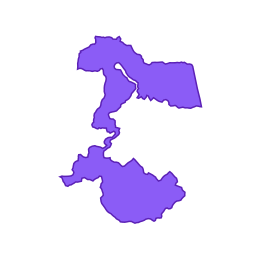 Iúna, Espírito Santo, Brazil (Mercator projection), rotated 76°
{"feature_id": "56859067B16281611265313", "entity_name": "Iúna", "entity_type": "district", "adm_level": 2, "iso_a3": "BRA", "parent_name": "Brazil", "parent_adm1": "Espírito Santo", "projection": "mercator", "projection_center": [-41.662, -20.355], "detail": "fine", "context": "isolated", "style": "filled", "palette": "violet", "viewbox_px": 256, "rotation_deg": 76, "n_neighbors": 0, "source": "geoboundaries", "source_scale": "gbopen_adm2", "svg_char_len": 5684}
<svg xmlns="http://www.w3.org/2000/svg" viewBox="0 0 256 256"><g transform="rotate(76 128 128)"><path d="M58.7,162.7L58.4,160.8L58.9,159.0L60.1,157.4L61.3,156.3L62.3,155.0L62.7,153.2L63.3,151.1L64.4,149.0L64.5,146.2L65.6,143.9L65.2,141.9L64.0,140.5L64.1,138.5L65.9,138.0L67.4,138.3L69.8,138.6L71.2,138.1L72.6,137.1L74.9,137.2L77.2,138.2L79.0,139.4L81.3,140.6L83.6,141.4L85.4,141.8L86.7,142.2L88.2,142.2L90.3,142.1L91.7,143.0L93.1,144.0L94.3,146.1L96.6,147.8L99.1,148.8L100.7,149.8L101.6,151.3L102.2,152.9L103.4,154.4L104.6,155.4L105.9,157.1L107.9,158.0L109.8,158.2L111.1,159.1L112.5,159.6L114.1,159.9L114.8,161.3L116.2,162.3L118.4,162.0L119.4,160.3L120.8,158.8L121.6,157.4L120.8,156.0L121.9,154.4L121.6,153.0L122.3,151.2L122.9,149.0L124.4,149.2L126.6,149.0L127.3,147.4L128.7,146.6L128.2,144.7L127.7,142.5L129.0,141.5L130.7,141.8L132.3,144.2L133.3,145.6L132.7,147.5L132.5,149.6L133.4,152.5L135.4,154.3L136.8,154.6L138.2,154.0L139.6,152.8L141.0,154.9L141.7,157.4L139.9,159.4L139.0,161.2L138.2,163.0L137.2,164.4L137.0,167.1L137.6,169.9L139.0,171.4L140.8,171.7L142.6,171.9L144.2,173.1L146.4,174.0L146.5,176.1L145.3,178.3L143.6,179.6L142.3,180.4L142.0,182.3L143.3,183.0L144.6,183.2L146.1,183.8L147.6,184.3L147.7,186.0L148.1,187.4L149.3,189.1L151.5,190.2L153.4,191.0L155.0,192.3L156.5,191.5L158.1,191.3L160.0,192.6L160.7,194.6L160.5,196.9L160.0,199.4L159.4,202.0L158.7,203.7L158.9,205.7L160.2,204.2L162.3,203.9L164.3,203.8L165.6,203.1L166.9,202.8L168.8,202.5L170.0,200.4L169.2,198.7L169.4,196.9L168.9,195.5L168.5,193.8L167.7,191.9L168.3,189.9L168.3,188.0L168.4,186.1L166.9,185.5L165.6,184.9L165.6,182.2L167.0,180.8L168.2,179.7L168.8,177.4L169.9,176.1L170.9,174.8L170.0,173.4L169.3,171.5L168.9,168.9L167.8,167.4L168.6,165.5L170.8,165.5L172.8,165.5L174.4,165.8L175.7,167.6L177.6,168.4L178.9,169.3L180.3,168.5L181.7,168.3L183.4,168.2L185.3,168.0L187.3,168.3L188.3,169.8L189.3,171.5L191.0,171.7L192.9,171.9L194.9,171.7L197.6,170.6L199.6,169.8L202.0,169.0L203.5,168.4L205.2,167.3L207.1,165.2L208.8,164.2L210.1,163.3L211.5,162.1L213.3,161.2L214.3,160.1L215.6,158.7L217.2,158.1L217.9,156.3L218.6,153.9L218.8,151.7L218.9,149.4L219.5,147.3L220.7,145.9L222.0,144.3L221.9,142.5L222.2,140.7L221.8,138.9L221.7,136.4L221.4,134.4L220.8,132.9L220.8,130.3L221.7,128.1L223.5,126.6L224.7,125.3L224.3,123.8L222.4,122.7L222.4,120.7L223.0,119.2L223.2,117.5L221.8,116.6L219.6,116.4L218.6,115.2L217.7,113.8L216.6,112.7L215.1,111.1L215.1,109.3L216.2,108.3L216.5,106.7L215.9,104.8L214.5,104.0L213.2,102.8L212.0,101.2L211.2,99.9L210.7,98.3L210.9,96.1L210.8,94.2L209.6,92.9L208.5,91.2L207.5,89.3L206.2,89.0L204.1,88.3L202.6,89.5L201.1,90.3L198.7,90.4L197.7,91.9L196.4,93.8L194.9,95.9L193.2,94.9L192.2,93.1L190.5,93.0L188.5,93.1L186.6,94.5L184.4,95.6L182.7,96.4L180.5,98.0L181.2,99.5L182.3,101.1L182.9,103.5L183.7,105.3L185.0,107.0L186.6,108.8L186.8,111.3L185.2,112.1L183.9,112.8L182.4,113.1L181.2,114.2L179.6,115.5L177.7,117.6L176.5,119.0L177.7,120.2L177.0,122.1L175.2,123.6L173.2,123.4L171.6,123.3L169.7,123.6L168.1,125.1L166.1,126.2L164.0,127.2L162.3,128.1L160.5,129.0L158.9,130.1L160.4,132.2L161.2,134.4L161.7,136.2L162.8,138.3L164.1,140.6L164.0,142.8L162.4,144.0L160.6,144.9L159.3,145.8L158.3,147.7L157.9,149.5L157.0,150.6L155.6,152.1L154.1,152.8L152.5,152.6L152.4,154.6L151.9,156.5L151.0,158.4L149.0,158.5L147.6,158.2L146.0,157.8L144.5,156.9L143.8,155.0L142.6,152.6L142.3,150.5L140.8,149.0L139.1,147.9L137.2,149.0L135.5,147.9L135.0,146.0L134.6,143.9L134.0,142.3L133.2,140.9L132.6,139.5L131.8,138.3L130.5,137.4L128.2,137.5L126.4,136.2L125.3,138.1L124.3,139.9L122.7,139.6L121.2,139.7L119.8,139.2L117.8,138.8L115.7,140.2L115.3,141.9L114.5,143.3L111.7,143.8L109.9,143.7L108.7,142.3L108.6,140.8L108.6,139.1L108.7,137.4L108.6,135.0L107.1,132.6L105.7,130.1L103.6,129.3L103.0,128.0L102.7,126.3L102.4,124.6L100.9,123.7L100.5,121.9L99.8,120.2L98.8,118.9L97.3,117.3L95.5,116.3L94.3,114.5L93.1,112.9L91.6,110.9L89.6,110.8L87.7,110.1L86.3,111.2L85.4,112.4L84.2,113.8L83.1,115.6L80.8,116.7L78.9,117.0L78.0,118.1L76.6,119.0L74.9,120.0L71.8,120.7L69.8,121.2L69.0,123.3L68.3,125.4L66.7,126.6L64.7,126.5L63.1,125.3L62.1,123.4L62.3,121.2L63.7,120.2L65.2,119.4L67.0,118.6L68.9,117.9L70.2,117.3L71.8,116.6L74.0,116.5L75.3,116.0L77.3,115.3L79.1,114.1L80.5,112.8L82.6,111.1L83.8,109.2L85.3,108.4L86.6,107.3L88.4,107.9L90.4,108.7L92.2,108.2L93.4,109.6L94.7,110.3L96.3,109.7L98.1,109.1L99.5,110.4L100.8,111.9L101.7,110.7L101.4,109.2L100.8,107.5L103.0,106.6L104.1,105.2L102.6,103.0L100.9,101.8L101.9,100.6L104.1,100.2L106.8,99.3L106.0,97.8L104.8,95.9L106.7,94.2L108.4,92.8L109.7,91.3L111.1,88.7L109.6,86.7L109.6,84.3L111.3,82.6L113.2,82.2L115.1,82.6L117.0,81.2L117.4,78.9L117.5,76.8L118.5,75.7L120.0,74.8L121.0,73.7L121.0,71.6L121.1,69.7L122.3,67.7L122.7,65.7L123.4,64.1L124.0,62.3L123.6,60.1L123.5,58.4L123.1,56.4L123.9,54.4L124.7,53.0L125.2,51.6L117.4,51.2L106.8,51.2L83.8,50.3L81.9,50.9L80.8,52.7L80.4,55.0L77.9,57.4L77.9,58.9L77.0,60.2L77.1,62.4L76.3,64.4L76.1,66.5L75.4,69.5L74.8,71.7L75.0,73.9L75.0,76.2L73.7,77.5L72.4,78.5L72.0,80.3L71.7,82.4L71.4,83.9L70.7,86.4L70.3,88.8L71.5,90.4L71.9,92.2L71.2,93.5L70.1,94.9L69.0,96.6L67.4,97.1L65.3,96.8L63.1,97.9L61.6,97.6L59.7,98.8L58.7,101.3L57.0,102.8L55.4,103.8L53.4,104.4L50.9,104.9L48.6,105.3L48.0,107.3L47.7,109.2L45.6,111.4L43.7,112.5L42.0,114.7L39.8,113.5L37.2,114.4L37.8,116.6L39.1,117.7L38.2,121.0L36.4,122.0L35.2,124.0L34.7,126.5L34.8,128.6L33.9,129.9L33.8,131.4L32.9,132.9L32.1,135.3L31.3,137.3L32.6,138.2L34.0,137.9L37.4,138.6L38.6,140.1L38.1,141.6L38.3,144.0L40.0,146.2L41.0,151.3L41.6,153.0L41.9,155.6L43.3,155.6L44.0,157.3L45.4,157.8L47.1,158.2L48.9,159.4L51.5,160.4L53.2,161.2L55.2,161.6L56.8,162.0L58.7,162.7Z" fill="#8b5cf6" stroke="#5b21b6" stroke-width="1.5"/></g></svg>